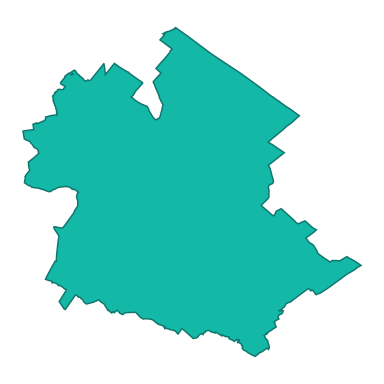 the district of Rachiti, Botosani, Romania
{"feature_id": "2599482B10393832420275", "entity_name": "Rachiti", "entity_type": "district", "adm_level": 2, "iso_a3": "ROU", "parent_name": "Romania", "parent_adm1": "Botosani", "projection": "natural_earth1", "projection_center": [26.699, 47.8], "detail": "fine", "context": "isolated", "style": "filled", "palette": "teal", "viewbox_px": 384, "rotation_deg": 0, "n_neighbors": 0, "source": "geoboundaries", "source_scale": "gbopen_adm2", "svg_char_len": 5842}
<svg xmlns="http://www.w3.org/2000/svg" viewBox="0 0 384 384"><path d="M346.5,274.5L354.7,269.6L356.3,268.5L357.3,267.5L358.9,266.7L361.0,265.4L356.7,262.4L352.9,260.1L349.2,258.2L346.9,256.6L339.5,261.0L337.2,260.6L332.4,260.5L329.8,262.1L327.6,260.2L326.2,259.5L318.9,254.3L317.7,252.9L316.9,250.8L313.6,245.4L312.6,244.5L309.9,242.9L308.4,241.4L307.9,240.6L305.8,238.0L314.1,232.0L316.4,229.7L314.0,228.6L311.2,226.5L305.1,220.9L302.4,221.9L298.4,223.9L296.4,222.8L293.5,219.8L281.2,208.7L276.1,211.3L275.0,214.1L274.6,214.9L274.0,215.2L273.8,215.6L273.3,215.8L272.4,215.2L261.1,205.5L267.9,198.7L268.7,197.6L268.9,196.5L268.8,193.1L269.0,190.3L268.4,187.6L268.5,186.4L269.1,185.3L269.6,184.8L272.6,183.5L273.5,181.8L273.2,179.9L272.1,176.3L270.2,168.8L269.2,166.7L268.1,165.5L284.3,152.7L272.3,144.6L268.2,142.2L273.9,137.1L275.3,136.2L277.5,134.2L283.6,129.2L286.9,126.0L288.0,125.4L291.9,122.5L297.6,117.2L299.4,115.8L289.5,108.6L286.0,106.5L281.4,103.1L281.1,103.1L279.5,101.6L276.9,100.0L273.2,97.1L271.7,96.4L259.6,87.1L241.5,73.9L211.9,54.3L187.8,36.3L175.6,27.6L175.1,27.8L174.7,29.1L174.3,29.5L173.8,29.1L173.4,29.2L171.8,30.1L171.0,30.4L170.6,30.9L166.9,31.7L165.7,32.9L165.1,33.1L165.1,32.5L162.8,33.8L163.9,34.3L164.4,34.9L160.0,39.9L171.5,48.5L172.1,49.1L171.9,49.6L170.6,50.4L170.2,50.8L170.0,51.8L169.1,53.2L164.3,59.1L160.0,63.7L156.0,68.5L161.0,73.1L153.3,81.6L153.4,82.6L154.2,83.8L155.8,88.3L157.1,91.0L159.1,96.0L159.4,97.5L161.0,101.2L162.4,103.5L162.9,105.2L163.0,105.7L162.4,106.8L161.9,109.8L159.8,117.3L159.4,117.9L155.9,119.8L154.8,119.3L152.9,117.2L150.2,112.5L149.3,111.3L148.4,108.5L147.2,106.5L140.7,103.7L135.3,100.4L133.5,98.7L131.2,97.0L133.3,95.1L134.7,93.0L134.9,92.1L135.9,90.8L142.2,83.8L142.6,83.1L142.5,82.5L135.1,77.5L129.4,73.3L129.0,73.0L128.8,72.3L128.0,72.2L119.3,67.0L114.4,63.4L105.4,74.6L104.6,67.5L104.0,63.9L103.8,63.7L91.2,79.4L89.9,80.5L89.1,80.5L87.7,80.0L85.9,81.1L84.9,80.8L84.1,80.2L83.0,78.6L80.0,76.2L78.9,74.9L77.3,73.7L76.6,72.8L75.7,71.2L74.4,70.1L70.8,72.4L72.9,73.9L71.8,75.1L68.9,73.1L65.0,76.2L65.5,76.6L60.5,82.7L60.5,83.1L60.9,83.9L65.2,86.6L62.9,89.6L61.7,89.7L59.6,89.3L58.1,89.5L57.6,89.7L57.3,90.9L54.8,92.5L55.3,93.1L52.5,96.2L53.0,97.6L53.1,98.4L53.3,98.8L53.1,100.3L53.5,101.0L53.6,102.0L54.1,103.0L54.7,105.0L55.5,106.6L55.7,107.1L55.7,108.2L56.6,110.4L56.5,111.7L56.6,113.1L57.3,114.8L52.0,115.4L45.6,117.0L45.5,119.7L43.8,120.9L39.9,122.5L37.9,123.6L37.2,123.7L37.0,122.9L36.7,122.9L33.0,124.2L33.8,129.5L23.2,131.0L23.0,132.0L23.2,132.8L23.6,133.3L23.7,136.1L24.0,136.6L24.3,137.7L24.1,138.3L24.3,138.8L25.8,139.8L29.7,141.4L30.2,141.9L30.5,142.7L32.5,144.7L34.0,147.3L34.7,147.8L36.2,148.5L37.2,148.9L38.0,149.6L38.4,150.2L38.1,150.8L38.2,151.6L38.9,153.3L32.9,158.6L28.4,162.0L28.7,166.5L29.1,168.4L29.8,170.2L27.5,173.0L25.1,176.4L25.5,176.6L24.4,182.7L28.8,185.7L29.3,185.5L30.9,186.2L31.8,187.3L33.8,187.4L34.4,187.7L37.3,188.0L39.2,188.4L41.2,189.1L43.1,189.5L48.3,191.6L50.7,191.6L52.5,190.0L55.7,188.8L58.1,187.4L65.0,186.5L68.4,186.8L69.9,187.3L70.8,187.9L71.6,188.8L73.2,189.6L74.1,189.1L78.5,192.2L77.5,193.1L76.5,196.6L76.7,197.8L77.5,199.7L77.7,200.8L77.7,205.4L77.2,206.9L75.0,209.9L73.7,213.0L64.3,226.0L62.5,228.0L60.7,228.0L54.9,226.7L53.7,227.1L54.4,229.0L58.4,235.1L58.9,236.2L58.1,241.3L56.6,255.1L56.4,259.7L56.5,261.3L55.2,261.1L54.9,261.3L53.2,264.8L52.8,265.2L46.4,277.2L45.5,279.3L48.6,280.4L50.6,280.8L52.2,281.5L52.4,281.9L52.1,282.5L52.2,283.0L53.5,282.5L54.5,282.7L55.2,283.1L56.9,283.7L57.3,284.3L58.0,284.9L58.3,285.3L58.3,285.6L58.7,285.7L59.0,285.4L59.8,285.4L62.5,287.0L64.8,289.1L65.5,289.3L66.0,289.3L66.1,289.7L65.9,290.9L59.2,301.6L64.1,308.9L64.3,308.7L65.2,309.5L75.5,295.0L76.7,295.4L77.4,295.9L78.1,297.0L79.4,297.1L80.3,297.6L80.8,298.4L82.6,299.6L84.1,302.2L84.8,302.8L86.4,304.0L93.2,302.3L98.9,299.8L100.3,301.5L104.2,304.1L105.6,306.6L108.0,310.4L108.4,310.1L110.0,311.7L111.8,313.0L113.1,311.7L114.4,312.7L117.1,310.1L119.7,313.0L122.0,314.4L122.6,314.5L123.0,314.4L124.7,313.0L126.2,312.6L135.5,312.3L135.9,312.5L139.9,316.9L142.5,318.7L143.4,319.0L145.3,318.7L149.4,319.0L151.6,319.4L153.2,320.2L156.6,323.1L157.1,323.3L157.6,323.8L158.5,324.4L159.9,324.6L160.0,324.8L164.6,326.4L163.9,326.9L164.1,327.2L164.8,327.3L164.7,328.6L166.0,328.4L167.5,328.6L168.9,329.0L170.2,329.7L171.6,329.8L174.8,330.8L175.7,331.4L177.3,333.4L178.1,334.0L181.8,328.7L184.5,330.6L193.3,338.5L196.6,337.8L198.1,336.6L199.0,335.2L200.6,334.0L201.7,333.8L203.1,334.6L203.3,334.1L203.2,333.6L204.8,332.2L205.6,331.9L205.7,331.3L206.0,331.1L206.0,330.9L208.4,330.3L209.1,330.6L211.1,331.8L211.8,332.1L213.9,332.5L214.8,333.0L215.3,333.0L215.7,332.1L221.5,335.7L221.4,334.9L221.6,334.7L225.4,336.5L225.5,336.2L226.5,336.6L229.2,337.0L228.9,338.3L229.0,338.7L229.7,338.8L234.6,341.4L235.7,340.1L236.4,340.2L236.6,339.6L237.8,339.4L238.5,339.7L239.0,339.7L239.2,340.1L238.9,340.9L239.0,341.4L238.6,341.6L238.0,341.2L237.5,342.0L237.6,342.6L238.8,342.3L239.1,342.7L241.0,343.7L241.3,344.1L241.6,344.7L241.5,345.1L242.8,346.9L242.3,347.5L242.2,348.4L243.6,349.9L244.6,350.6L245.5,350.7L246.6,351.5L247.6,352.5L251.7,354.8L253.4,355.7L253.7,355.4L255.2,356.4L259.7,352.7L262.3,351.6L267.0,348.1L268.5,349.5L269.3,347.7L268.8,344.6L267.9,342.7L267.9,341.1L266.6,339.4L265.5,338.3L264.9,336.8L264.1,335.7L265.3,334.8L267.0,333.9L266.3,333.5L276.2,326.9L275.1,324.5L274.9,323.0L274.7,322.7L274.0,322.3L275.5,320.8L278.9,318.9L278.1,317.3L278.3,316.2L278.7,315.5L280.0,314.4L281.7,313.9L282.3,313.2L283.2,310.8L280.4,310.7L278.5,310.9L281.7,309.3L283.8,307.4L284.7,306.4L285.9,304.0L287.9,302.8L290.5,301.9L300.6,294.2L308.6,288.4L310.8,290.9L312.0,289.9L312.8,290.5L315.0,293.3L315.4,294.1L316.1,294.7L318.2,293.6L319.6,293.5L326.5,289.1L331.2,285.8L333.8,283.8L338.2,280.7L346.5,274.5Z" fill="#14b8a6" stroke="#0f766e" stroke-width="1.5"/></svg>